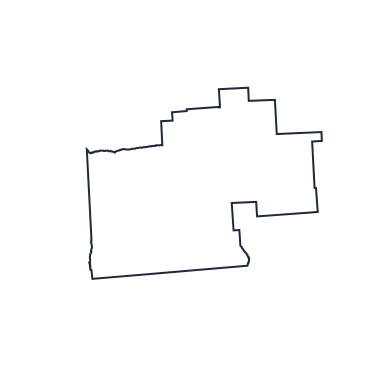 the district of Benito Juárez, Buenos Aires, Argentina, rotated 132°
{"feature_id": "61730980B96971006202376", "entity_name": "Benito Juárez", "entity_type": "district", "adm_level": 2, "iso_a3": "ARG", "parent_name": "Argentina", "parent_adm1": "Buenos Aires", "projection": "mercator", "projection_center": [-59.675, -37.588], "detail": "fine", "context": "isolated", "style": "outline", "palette": "slate", "viewbox_px": 384, "rotation_deg": 132, "n_neighbors": 0, "source": "geoboundaries", "source_scale": "gbopen_adm2", "svg_char_len": 5508}
<svg xmlns="http://www.w3.org/2000/svg" viewBox="0 0 384 384"><g transform="rotate(132 192 192)"><path d="M323.2,207.9L209.2,101.0L209.3,101.2L209.3,101.5L209.2,101.6L209.1,101.8L208.8,102.0L208.7,102.0L208.3,102.2L208.0,102.2L207.9,102.3L207.7,102.7L207.5,102.8L207.2,102.6L206.8,102.5L206.5,102.7L206.4,102.8L206.2,102.9L206.1,103.1L205.9,103.2L205.6,103.4L205.4,103.6L204.9,103.8L204.4,104.2L204.1,104.2L203.8,104.4L203.7,104.5L203.5,104.8L203.4,105.3L203.3,105.5L203.0,105.6L202.9,105.6L202.6,105.8L202.6,106.1L202.8,106.4L202.8,106.6L202.5,107.4L202.4,107.4L202.4,107.5L202.3,107.9L202.2,108.0L202.1,108.4L201.9,108.5L202.0,108.8L201.9,109.0L201.6,109.1L201.5,109.5L201.5,110.0L201.5,110.3L201.3,110.7L201.3,110.8L201.3,111.4L201.3,111.7L201.2,111.9L201.1,112.1L200.9,112.3L201.0,112.7L201.1,113.0L201.1,113.3L201.0,113.8L200.8,114.3L200.7,114.4L200.6,114.6L200.6,115.3L200.5,115.5L200.4,115.8L200.4,116.4L200.3,116.5L200.3,116.8L200.2,116.9L200.1,117.0L200.1,117.3L199.9,117.4L199.8,117.6L199.7,117.8L199.7,118.0L199.7,118.4L199.7,118.6L199.7,118.9L199.7,119.0L199.6,120.0L188.6,131.4L192.7,135.4L173.6,155.1L156.4,137.7L166.6,127.3L122.7,85.2L106.0,102.6L107.0,103.6L74.1,136.5L67.2,129.7L60.8,135.9L92.2,167.8L68.1,192.0L71.0,195.1L86.3,210.8L76.9,220.0L97.6,240.8L110.3,227.9L111.5,229.0L111.2,229.4L134.1,251.3L135.4,250.1L146.1,260.2L151.9,254.2L160.0,262.3L177.1,245.4L177.2,245.5L177.3,245.6L177.5,245.7L177.6,245.9L177.7,246.1L177.9,246.5L178.1,246.7L178.3,246.8L178.5,247.0L179.0,247.2L179.2,247.4L179.5,247.9L179.9,248.3L180.3,248.8L180.4,249.0L180.7,249.3L181.0,249.4L181.1,249.7L181.3,249.7L181.8,250.2L182.2,250.1L182.3,250.3L182.6,250.6L182.9,250.7L183.0,250.9L183.1,251.1L183.3,251.3L184.0,251.9L184.1,252.1L184.6,252.4L184.9,252.5L185.0,252.5L185.2,252.8L185.4,252.9L185.5,253.2L185.7,253.3L185.8,253.4L186.0,253.5L186.1,253.8L186.3,254.0L186.6,254.3L187.1,254.6L187.3,254.6L187.4,254.9L187.6,255.0L188.2,255.3L188.7,255.7L188.9,255.9L189.1,256.1L189.6,256.4L190.2,257.0L190.4,257.2L190.5,257.4L190.6,257.5L190.8,257.6L190.9,257.8L191.2,258.1L191.6,258.4L191.8,258.5L192.2,258.6L192.5,258.8L192.8,258.9L192.9,259.2L193.2,259.6L193.2,259.8L193.4,260.0L193.6,260.3L194.1,260.6L194.4,260.8L194.6,261.0L194.9,261.2L195.1,261.5L195.5,261.7L196.0,262.2L196.4,262.5L196.5,262.7L197.0,262.9L197.8,263.2L198.1,263.5L198.4,263.9L199.0,264.4L199.1,264.6L199.4,264.8L199.9,265.3L200.3,265.6L200.6,265.9L200.9,266.1L201.2,266.2L201.5,266.3L201.8,266.5L202.1,266.7L202.3,266.8L202.5,267.0L202.9,267.7L203.2,268.0L203.7,268.6L203.9,268.8L204.3,269.1L204.5,269.4L204.6,269.6L204.8,270.0L205.1,270.3L205.4,270.6L205.4,271.1L205.7,271.4L206.0,271.7L206.2,271.9L206.5,272.2L206.8,272.4L207.2,272.6L207.5,272.6L207.9,272.6L208.1,272.7L208.2,273.0L208.4,273.2L208.5,273.4L208.6,273.6L209.0,273.6L209.6,273.8L210.2,274.2L210.6,274.5L211.0,274.7L211.2,274.8L211.3,274.9L212.0,275.2L212.3,275.4L212.5,275.5L213.2,276.0L213.6,276.2L213.9,276.1L214.1,276.0L214.2,275.9L214.3,276.1L214.6,276.2L214.6,276.5L214.6,276.8L214.8,277.0L214.8,277.4L214.9,277.6L215.0,277.9L215.1,278.1L215.4,278.3L215.7,278.6L215.6,279.0L215.7,279.3L215.8,279.6L215.9,280.2L216.2,280.3L216.6,280.4L216.9,280.5L217.2,280.7L217.4,281.0L217.5,281.3L217.6,282.1L217.8,282.5L217.9,282.8L218.2,283.0L218.4,283.2L218.7,283.5L219.0,283.6L219.4,283.8L219.9,284.3L220.0,284.5L220.3,284.7L220.5,284.9L220.6,285.2L220.6,285.5L220.8,285.6L220.9,285.9L221.5,286.6L221.7,286.9L222.1,287.4L222.4,287.5L222.6,287.8L222.9,288.0L223.3,288.1L223.5,288.5L223.8,288.7L224.3,288.9L225.2,289.2L225.4,289.4L225.3,289.7L225.3,289.9L225.3,290.0L225.5,290.2L226.5,290.6L226.6,290.8L226.5,291.0L226.8,291.3L227.1,291.4L227.3,291.5L227.7,291.5L227.9,291.4L228.2,291.4L228.3,291.6L228.5,291.9L228.6,292.0L229.0,292.2L229.3,292.2L229.3,292.5L229.4,292.8L229.7,292.9L230.0,292.9L230.4,292.8L230.7,293.0L230.8,293.3L231.1,293.4L231.3,293.5L231.3,293.8L231.1,294.1L231.1,294.4L231.2,294.8L231.4,295.0L231.5,295.3L231.5,295.7L231.4,296.0L231.2,296.3L231.0,296.6L231.0,297.1L230.9,297.4L230.7,297.7L230.7,297.9L230.6,298.4L230.6,298.8L293.7,235.8L293.8,235.8L294.0,235.5L294.2,235.4L294.4,235.3L294.6,235.2L294.9,234.9L295.3,234.3L295.5,234.2L295.7,233.9L295.8,233.8L296.4,233.8L296.6,233.7L296.9,233.4L297.1,233.1L297.3,233.0L297.4,232.8L297.5,232.6L297.7,232.4L297.8,232.2L297.8,231.9L298.0,231.6L298.2,231.2L298.6,231.0L299.1,230.5L299.2,230.4L299.5,230.0L299.6,229.8L299.6,229.6L300.3,229.1L300.8,229.0L301.0,228.8L301.6,228.6L301.9,228.4L302.5,228.1L302.9,228.0L303.1,227.8L303.5,227.4L303.6,227.2L303.7,226.8L303.9,226.8L304.5,226.4L304.8,226.3L305.0,226.2L305.2,226.3L305.3,226.3L305.5,226.3L305.9,226.0L306.4,226.0L306.6,226.0L306.8,225.9L307.1,225.6L307.3,225.4L307.5,225.2L307.9,225.0L308.1,224.8L308.5,224.4L308.8,224.2L309.0,224.1L309.2,223.8L309.4,223.6L309.6,223.5L309.9,223.2L310.2,222.8L310.3,222.6L310.6,222.4L310.7,222.2L311.4,221.6L311.9,221.4L312.2,221.1L312.4,220.9L312.7,220.9L312.9,220.9L313.0,220.7L313.2,220.8L313.3,221.0L313.4,220.9L313.4,220.6L313.3,220.3L313.4,220.2L313.7,220.1L313.7,219.9L313.8,219.9L313.9,219.7L313.9,219.4L314.4,219.3L314.6,218.9L314.8,218.7L315.0,218.7L315.1,218.3L315.1,218.1L315.1,217.9L315.3,217.8L315.6,217.8L316.0,217.5L316.0,217.2L316.3,217.1L316.4,216.9L316.7,216.7L316.8,216.5L317.1,216.5L317.3,216.4L317.3,216.2L317.2,216.1L317.4,215.7L317.5,215.3L317.8,215.1L317.8,214.9L317.7,214.8L317.5,214.7L317.4,214.6L317.4,214.4L317.5,214.4L317.5,214.2L323.2,207.9Z" fill="none" stroke="#1e293b" stroke-width="2"/></g></svg>